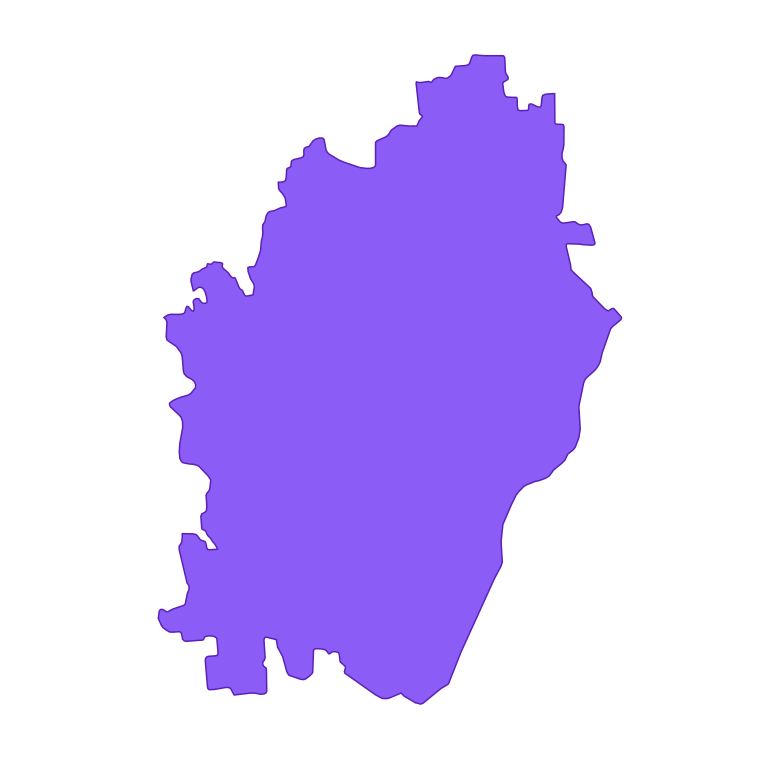 outline of Stavropol', rotated 86°
{"feature_id": "RUS-2306", "entity_name": "Stavropol'", "entity_type": "Territory", "adm_level": 1, "iso_a3": "RUS", "parent_name": "Russia", "parent_adm1": "", "projection": "orthographic", "projection_center": [43.1, 44.947], "detail": "fine", "context": "isolated", "style": "filled", "palette": "violet", "viewbox_px": 768, "rotation_deg": 86, "n_neighbors": 0, "source": "natural_earth", "source_scale": "10m", "svg_char_len": 6135}
<svg xmlns="http://www.w3.org/2000/svg" viewBox="0 0 768 768"><g transform="rotate(86 384 384)"><path d="M166.1,190.3L171.0,190.6L174.0,189.8L178.1,187.0L220.2,193.5L224.6,195.1L227.2,197.4L228.4,200.3L229.8,200.4L234.9,196.7L235.9,194.5L236.0,192.4L235.3,184.0L235.4,182.9L235.8,181.8L238.3,178.7L239.1,176.7L238.9,173.8L238.4,170.6L238.9,168.6L242.3,166.8L258.2,163.7L259.1,164.0L259.8,164.9L260.0,167.3L258.9,175.6L258.0,180.0L256.9,190.9L257.1,191.9L257.9,192.6L259.8,192.6L278.1,189.6L282.8,189.5L285.0,188.0L303.1,171.1L307.2,170.1L310.1,169.9L311.9,169.1L324.4,158.6L326.1,156.4L326.7,155.0L324.8,151.6L324.6,149.8L325.1,149.2L333.6,142.7L334.9,142.5L335.9,143.0L337.1,144.2L342.7,152.1L344.8,154.1L368.5,164.3L376.7,166.7L380.0,168.5L383.1,170.9L385.6,173.4L392.3,182.0L393.6,183.2L397.0,184.8L419.9,191.2L442.6,191.4L451.3,193.4L460.3,197.6L462.6,199.5L466.9,205.7L472.4,208.7L475.3,211.9L481.6,220.8L487.0,225.3L489.3,229.4L491.2,236.1L491.9,240.8L494.7,249.3L496.3,252.1L501.5,257.8L504.1,260.0L513.4,265.4L532.4,275.2L549.4,278.2L570.0,278.4L574.1,280.1L586.0,287.5L656.2,325.6L687.6,340.6L688.9,342.7L691.6,348.2L705.1,367.2L705.9,369.8L704.3,374.1L704.5,374.4L696.9,385.5L693.8,388.3L693.7,389.1L697.8,401.2L698.0,404.3L697.6,407.6L693.5,414.1L669.8,443.2L668.1,443.6L664.5,442.3L663.5,442.2L662.3,442.9L658.5,446.8L657.4,447.2L650.5,447.5L648.7,448.3L647.7,450.8L647.5,453.6L647.9,455.0L649.1,456.5L649.3,457.2L649.2,458.0L645.7,460.3L644.9,461.5L644.2,463.5L643.5,467.8L643.4,471.8L644.9,472.9L666.5,475.2L667.4,475.6L669.9,478.3L672.8,482.9L673.3,484.8L672.7,487.9L668.0,499.0L666.5,500.0L663.9,501.1L648.9,504.1L639.2,508.5L631.5,509.2L628.3,519.1L628.5,520.2L629.2,521.0L631.0,521.6L649.0,521.7L651.3,522.7L652.4,524.0L654.7,524.5L656.7,524.1L659.2,521.4L660.2,521.2L682.4,522.4L683.9,523.3L684.6,524.6L684.9,526.4L684.8,529.2L683.5,533.7L683.0,538.7L683.8,555.2L677.0,558.3L676.3,559.4L675.9,560.8L675.7,563.3L676.9,574.4L676.8,579.2L676.4,580.2L675.5,580.9L674.0,581.2L647.7,581.6L645.5,581.2L644.0,580.1L643.4,578.3L643.4,571.0L642.9,569.0L641.0,568.3L626.6,568.5L625.6,569.0L624.7,569.9L623.6,572.1L623.0,576.4L623.3,579.3L624.0,580.6L626.5,582.0L626.8,582.8L626.9,599.5L626.5,600.7L625.8,601.7L624.4,602.7L618.4,603.5L616.8,605.2L616.8,612.5L616.4,615.3L613.8,619.0L611.3,621.7L608.8,623.1L602.1,625.5L594.7,624.0L593.4,622.6L593.3,621.4L593.5,620.4L596.2,616.4L596.1,615.4L594.6,612.4L593.5,609.5L591.1,600.0L590.2,598.1L589.4,597.6L579.0,594.7L575.6,593.0L573.3,592.6L571.2,592.8L568.9,594.3L534.7,599.9L531.4,599.6L529.3,597.8L527.4,596.8L522.8,595.9L519.2,595.7L520.1,585.5L520.9,582.3L522.1,581.0L526.7,578.0L528.7,573.5L530.5,572.8L534.9,572.3L536.7,571.5L537.2,569.5L537.2,562.4L537.0,561.7L536.3,561.8L532.3,563.7L528.7,566.3L525.9,567.7L523.4,570.0L521.9,570.9L518.8,571.9L517.6,573.0L516.3,575.3L515.3,575.9L503.0,575.9L500.9,574.9L499.7,572.1L498.5,570.3L494.7,569.3L482.7,569.2L481.0,568.6L478.2,566.0L476.4,565.1L467.6,563.5L463.5,565.8L453.0,574.5L452.3,575.7L450.9,579.5L450.1,584.2L448.6,589.8L447.3,591.4L445.2,592.4L443.9,592.8L437.7,593.0L429.3,591.9L413.2,587.8L407.4,587.6L403.3,588.6L400.4,590.7L392.0,598.6L389.6,599.4L388.1,599.2L385.9,595.9L384.1,591.2L382.9,587.0L381.3,579.8L379.6,577.0L374.5,572.3L371.7,572.0L368.9,572.7L366.4,574.8L363.1,580.0L360.4,582.3L359.1,582.8L357.4,583.2L342.0,583.4L338.4,584.5L332.1,588.5L325.3,597.2L321.8,598.0L307.3,596.2L304.4,597.0L302.4,598.9L300.2,595.3L299.6,591.6L300.2,584.2L300.2,581.1L299.9,579.5L299.4,578.4L298.7,577.8L293.8,575.9L292.9,575.2L293.3,573.7L297.1,571.0L297.7,570.3L298.1,569.3L296.7,568.4L294.3,568.1L288.8,568.6L287.7,568.3L286.5,567.2L286.0,566.1L285.7,564.9L286.0,562.8L289.9,560.4L290.5,559.4L291.0,558.3L290.9,556.0L290.2,555.2L289.2,554.7L284.6,555.0L280.5,555.8L277.5,556.9L276.2,557.8L275.1,559.2L274.6,561.0L274.7,561.9L275.1,563.1L277.7,567.0L277.8,567.7L268.4,569.3L265.9,569.2L261.4,567.8L259.9,566.2L259.3,562.2L258.6,560.3L256.7,557.3L255.3,553.4L254.6,552.7L251.8,551.6L252.5,548.0L250.4,545.2L251.6,538.3L252.2,537.0L253.0,536.6L254.8,537.3L256.0,537.1L257.5,536.3L262.2,531.6L265.8,529.4L267.0,528.3L267.5,527.3L267.6,525.4L268.2,524.9L276.8,522.1L279.0,521.0L280.8,518.7L285.7,516.8L286.5,515.9L286.7,514.9L286.0,508.5L278.2,506.6L275.4,506.8L269.7,509.8L262.3,511.7L258.4,511.7L257.9,510.6L257.9,506.2L257.6,505.1L256.3,503.9L249.7,500.8L242.1,497.8L232.8,496.4L229.1,495.1L224.8,494.3L219.6,494.3L216.5,493.7L213.8,491.5L207.7,489.7L205.1,487.8L204.0,486.3L203.4,481.4L201.1,475.0L200.7,473.0L200.9,472.0L200.5,471.6L200.2,469.8L199.5,469.2L198.9,469.0L191.4,469.6L186.5,472.3L184.4,474.1L182.0,475.5L175.4,475.4L175.4,470.4L174.1,468.1L171.8,467.3L163.1,466.1L162.2,465.5L161.0,462.3L160.6,461.8L155.7,460.9L154.8,460.3L153.9,458.6L152.5,450.7L151.8,449.0L149.7,447.9L145.3,447.7L143.3,447.0L142.3,445.1L141.8,442.2L136.7,438.0L135.2,435.7L134.1,431.8L134.2,428.9L134.6,427.9L136.0,426.7L146.2,425.5L148.7,424.5L150.8,422.8L157.5,413.2L160.0,408.3L166.4,393.0L167.7,386.4L167.9,382.7L167.4,379.5L166.5,378.1L165.4,377.2L142.6,375.6L141.9,375.2L140.8,373.8L137.9,365.7L136.4,363.1L135.1,361.8L131.3,359.1L127.6,353.1L126.9,350.0L128.5,340.4L128.9,333.1L123.9,330.6L120.2,327.2L119.3,327.1L117.4,329.3L115.9,329.8L86.5,331.0L84.9,330.6L85.7,328.1L85.8,325.0L85.3,318.4L86.4,316.2L85.9,315.1L83.7,313.2L82.2,309.6L82.0,307.9L82.5,304.5L83.3,302.1L83.3,299.6L81.4,296.4L79.5,294.8L72.1,290.7L72.0,280.6L71.5,278.0L70.8,276.9L69.9,276.1L64.2,273.8L62.3,272.4L62.1,270.2L63.5,260.9L64.7,243.6L65.0,241.8L66.8,240.8L81.7,241.1L86.4,238.9L87.6,238.8L88.6,239.1L89.2,239.8L91.0,243.4L91.8,244.3L92.9,244.6L101.1,244.1L105.0,243.0L105.9,242.0L106.4,240.8L107.0,236.1L107.2,232.6L107.5,231.7L108.3,231.3L116.4,231.6L120.0,231.2L120.8,229.2L121.1,222.0L120.7,221.1L119.9,220.6L116.3,220.2L115.1,219.6L114.8,218.7L115.2,216.7L117.7,212.4L118.3,211.1L118.7,209.1L118.1,208.2L116.3,207.6L109.1,206.4L107.1,205.4L106.4,203.5L106.1,201.1L106.2,193.5L135.2,195.3L136.2,194.9L136.9,193.8L137.3,189.0L137.9,187.0L140.0,186.5L157.9,187.9L162.2,188.9L166.1,190.3Z" fill="#8b5cf6" stroke="#5b21b6" stroke-width="1.5"/></g></svg>